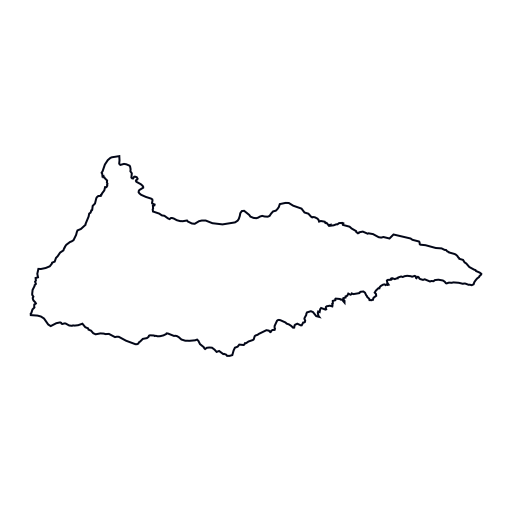 the district of Qacha's Nek, Qacha's Nek, Lesotho
{"feature_id": "5366337B29714874400852", "entity_name": "Qacha's Nek", "entity_type": "district", "adm_level": 2, "iso_a3": "LSO", "parent_name": "Lesotho", "parent_adm1": "Qacha's Nek", "projection": "mercator", "projection_center": [28.688, -30.097], "detail": "fine", "context": "isolated", "style": "outline", "palette": "ink", "viewbox_px": 512, "rotation_deg": 0, "n_neighbors": 0, "source": "geoboundaries", "source_scale": "gbopen_adm2", "svg_char_len": 6043}
<svg xmlns="http://www.w3.org/2000/svg" viewBox="0 0 512 512"><path d="M30.8,315.1L37.5,315.6L40.9,316.5L44.0,318.5L48.2,324.5L50.7,326.1L56.3,323.2L60.1,322.4L61.1,322.8L61.5,323.6L62.2,324.0L64.6,323.4L65.6,323.5L69.2,325.5L72.0,325.8L73.0,325.4L74.6,325.6L78.2,325.2L82.4,323.7L85.3,327.2L88.1,328.4L88.5,329.6L91.1,330.7L93.2,333.2L95.6,334.3L100.4,333.4L103.8,333.6L105.4,334.1L108.9,333.9L115.0,337.1L116.9,336.7L118.8,336.8L126.0,340.7L135.4,344.2L137.0,344.2L138.3,343.6L139.0,342.3L140.2,341.5L142.8,338.9L146.9,338.1L148.5,336.9L149.0,335.7L150.0,335.3L154.0,335.5L154.6,336.0L155.8,335.8L157.7,336.3L160.1,336.2L163.4,335.4L166.3,334.0L166.6,333.4L167.9,333.5L173.9,335.9L175.5,335.8L176.9,336.1L178.7,337.1L181.4,339.5L185.2,340.7L189.7,340.8L195.1,340.3L197.1,339.6L198.4,340.9L200.0,344.1L203.8,347.2L204.3,348.3L205.1,349.0L206.8,347.8L209.3,347.5L212.0,347.7L214.6,349.7L216.6,351.9L219.1,351.0L223.3,354.1L224.1,353.9L226.2,354.7L227.1,355.9L229.5,355.9L232.3,355.1L233.6,350.5L234.9,347.7L237.6,346.7L239.3,344.6L243.7,345.0L244.5,344.3L244.9,343.2L246.2,343.1L248.5,341.5L252.9,340.0L253.7,339.4L254.7,336.2L255.5,335.5L257.6,334.8L258.8,333.9L266.4,330.2L268.8,330.6L270.3,332.1L270.9,331.8L271.2,330.9L272.5,330.0L274.6,329.9L275.0,328.7L274.6,328.0L274.6,326.0L277.0,320.8L277.7,320.2L278.9,319.9L280.4,320.2L285.5,322.5L286.6,323.6L288.9,324.4L291.2,325.9L293.1,327.7L294.2,327.6L294.6,325.3L295.2,324.7L297.3,323.7L300.9,325.4L301.7,325.3L303.2,322.5L304.3,322.4L304.9,322.0L305.2,320.6L304.4,318.8L304.7,317.7L306.2,315.0L306.4,313.6L307.0,312.4L310.9,311.2L313.0,312.1L316.2,316.1L319.2,316.9L318.4,315.8L317.8,312.8L318.2,311.5L319.6,312.1L320.2,309.2L321.1,308.0L325.5,309.6L326.2,309.3L325.8,308.0L325.9,307.0L326.7,306.3L329.8,305.7L332.3,306.4L332.5,305.6L332.2,303.9L332.8,303.6L332.8,300.9L335.3,300.2L335.3,299.0L335.7,298.6L340.0,299.0L340.3,299.4L341.0,299.7L342.2,299.4L342.8,300.6L344.5,302.6L344.5,300.8L343.8,300.2L343.5,298.1L345.6,297.5L345.6,296.4L347.3,295.7L348.3,293.6L350.5,294.7L351.7,294.1L351.8,293.5L353.5,294.1L359.4,293.1L359.6,292.5L360.6,291.8L363.4,291.5L365.0,292.7L366.2,295.3L366.9,296.0L367.1,296.8L369.2,298.8L369.5,300.1L371.7,300.2L372.4,299.7L372.9,299.8L373.6,297.7L376.2,295.8L376.0,294.0L374.7,292.6L375.9,290.6L378.4,288.2L379.4,288.3L379.8,287.0L380.9,285.9L383.2,284.6L384.6,284.4L385.6,285.1L386.4,284.5L387.5,285.0L388.6,284.7L387.3,282.7L386.9,280.5L387.8,279.9L391.0,279.8L391.3,279.6L390.8,279.0L391.3,278.4L391.9,278.3L392.0,278.7L392.7,278.4L394.8,279.1L396.9,278.3L397.7,278.3L397.8,277.7L398.4,277.4L401.1,276.5L402.7,277.0L404.6,276.2L407.2,275.8L410.7,276.2L412.1,276.7L414.7,275.9L415.6,276.3L416.0,277.9L416.5,278.2L417.1,277.2L417.9,276.8L418.9,277.5L419.3,278.4L420.0,279.0L423.0,279.9L424.7,279.3L430.0,281.5L431.3,281.0L433.5,281.2L434.9,280.1L438.4,279.7L442.9,280.5L444.7,281.7L445.9,283.2L446.6,283.4L449.0,282.6L451.6,282.8L453.5,282.4L458.8,282.8L462.9,283.8L464.1,283.5L465.4,283.6L468.6,284.8L469.8,284.7L471.7,285.2L473.6,284.3L474.3,282.2L475.6,280.3L477.1,278.5L479.1,277.0L479.4,276.2L481.2,274.5L481.3,273.8L479.7,272.6L476.0,271.0L475.5,270.1L474.2,269.7L469.3,267.0L466.3,263.5L464.6,262.4L463.0,259.9L459.3,258.8L459.1,258.1L458.4,257.6L457.3,255.9L455.8,254.6L454.6,254.0L448.9,252.4L448.7,252.0L447.3,251.4L446.0,250.0L444.6,249.9L441.6,248.4L435.8,248.0L425.5,245.2L420.5,244.7L419.8,244.3L419.5,242.2L419.0,241.5L412.4,239.8L410.6,238.5L393.5,234.5L389.5,238.5L383.4,237.0L381.2,237.6L378.7,237.2L373.0,234.1L368.5,233.3L367.7,233.7L362.8,231.6L359.2,232.3L358.8,233.0L357.9,233.3L356.2,231.9L356.1,231.1L351.6,228.5L349.6,226.7L342.9,224.9L342.7,224.2L343.3,223.3L342.5,222.9L339.1,223.1L337.5,224.3L336.3,224.3L333.7,225.3L329.8,225.8L330.3,224.8L328.4,225.1L326.9,223.2L326.1,222.8L325.8,223.1L325.3,222.9L324.7,221.7L320.9,221.0L319.1,221.6L318.5,219.8L317.4,218.6L314.9,217.3L312.9,217.0L312.2,217.4L311.0,216.6L308.4,213.7L304.5,212.5L301.5,208.6L293.2,205.7L288.8,203.0L285.5,202.9L279.8,204.1L278.8,207.1L277.4,209.1L275.8,210.7L273.1,211.4L271.1,213.6L269.6,215.9L267.7,216.7L264.6,216.5L262.2,215.9L260.1,216.5L258.0,217.7L256.3,218.2L253.5,217.9L250.4,216.6L249.2,214.9L244.1,210.8L241.8,211.1L240.3,213.2L239.8,215.9L238.8,218.9L237.7,220.6L236.4,221.5L235.0,222.4L222.5,224.4L212.4,223.2L205.6,220.5L201.9,220.5L199.0,221.2L194.7,223.8L191.9,223.5L187.8,221.5L187.0,220.5L182.8,221.2L180.1,221.1L176.8,220.2L173.7,218.5L172.0,218.0L171.0,218.0L169.6,219.1L168.0,218.4L164.4,215.8L161.9,215.4L159.2,213.6L153.0,211.5L152.7,209.4L153.1,208.5L152.9,205.8L154.4,205.4L154.6,204.5L152.2,203.5L152.0,203.0L152.5,200.5L152.3,199.4L151.1,198.6L145.8,196.9L141.1,194.8L139.3,193.3L138.6,192.2L138.8,190.9L139.4,190.0L143.2,187.7L143.2,186.9L142.6,185.8L140.8,184.2L136.4,181.8L135.9,180.9L136.2,180.1L137.3,179.5L137.6,178.7L136.7,177.2L134.9,176.6L134.1,176.8L133.1,178.5L132.2,178.4L131.4,177.6L131.8,173.3L130.4,171.3L130.6,169.2L130.1,166.6L129.6,165.7L126.3,164.3L124.0,163.9L120.4,164.9L119.6,164.3L119.2,163.5L119.5,160.3L119.3,156.1L111.8,157.3L110.4,157.9L107.8,160.1L104.9,164.5L102.6,171.2L101.6,172.8L102.2,173.8L102.5,176.4L103.4,176.1L103.4,177.3L104.4,177.4L104.9,178.3L107.1,180.5L106.9,182.5L107.5,183.8L107.0,184.9L107.3,185.7L106.4,187.2L105.1,187.1L104.3,190.4L101.9,193.6L101.6,194.6L101.0,194.8L100.8,195.9L98.3,196.0L96.9,197.2L96.3,198.2L95.0,203.5L92.7,205.9L92.2,209.8L91.9,210.3L91.3,210.4L90.6,212.6L89.2,213.6L88.6,216.6L85.6,223.8L85.5,224.8L80.9,229.0L77.5,230.4L76.8,232.2L76.1,234.9L73.5,240.2L71.6,241.4L70.0,242.0L66.3,244.8L64.9,246.8L64.8,247.6L64.2,248.1L63.4,250.4L60.1,252.6L57.6,256.3L56.0,257.9L54.7,261.6L52.1,262.7L51.9,263.6L49.8,266.3L45.7,268.0L40.9,269.0L38.4,268.9L37.3,273.8L38.0,277.3L35.6,278.0L35.9,280.6L35.1,281.7L35.9,283.9L34.6,285.2L34.6,285.9L32.6,289.9L32.2,293.6L32.2,294.8L33.4,296.7L32.7,298.0L33.0,299.4L33.5,300.5L35.4,302.5L35.9,303.5L34.3,304.5L34.2,306.7L34.4,307.5L32.5,309.4L31.3,313.1L30.7,313.7L30.8,315.1Z" fill="none" stroke="#020617" stroke-width="2"/></svg>